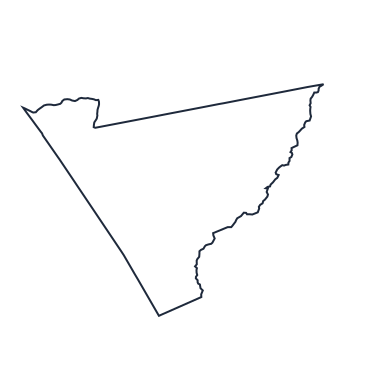 Wanderlândia, Tocantins, Brazil, rotated 79°
{"feature_id": "56859067B89529630375047", "entity_name": "Wanderlândia", "entity_type": "district", "adm_level": 2, "iso_a3": "BRA", "parent_name": "Brazil", "parent_adm1": "Tocantins", "projection": "natural_earth1", "projection_center": [-48.028, -6.887], "detail": "fine", "context": "isolated", "style": "outline", "palette": "slate", "viewbox_px": 384, "rotation_deg": 79, "n_neighbors": 0, "source": "geoboundaries", "source_scale": "gbopen_adm2", "svg_char_len": 2535}
<svg xmlns="http://www.w3.org/2000/svg" viewBox="0 0 384 384"><g transform="rotate(79 192 192)"><path d="M108.1,327.6L132.1,317.0L134.3,316.0L159.6,305.3L163.2,303.8L193.5,291.0L236.9,272.7L239.1,271.8L240.8,271.1L258.1,265.1L261.3,264.0L267.7,261.7L307.2,248.1L296.9,202.9L294.2,202.5L292.7,201.5L290.7,200.2L288.1,202.0L284.3,201.9L283.1,203.4L281.6,203.7L279.7,203.3L277.5,204.7L276.0,204.3L274.5,202.7L272.2,202.9L269.5,202.5L267.7,201.7L265.6,203.2L263.9,201.1L260.2,200.5L258.9,199.6L257.0,197.3L254.1,196.5L251.6,196.0L250.5,194.2L249.9,191.6L247.7,189.7L246.9,188.4L246.6,186.0L246.5,183.0L245.6,181.6L241.9,178.6L238.7,179.3L236.4,179.1L233.3,163.7L234.0,160.2L232.8,158.7L231.1,156.8L229.5,155.0L228.2,154.2L226.4,152.6L225.0,148.5L222.2,145.1L222.8,142.9L224.4,142.2L224.8,139.8L225.6,137.1L225.0,133.8L224.5,131.3L221.0,129.2L219.3,129.2L217.6,127.5L216.6,124.9L214.4,123.8L213.5,122.0L210.9,118.9L209.0,117.9L206.2,118.7L203.1,116.9L202.4,118.8L201.4,116.8L201.4,114.3L199.7,113.4L197.9,110.6L195.5,107.9L194.4,105.6L191.9,103.7L190.6,105.9L188.9,106.2L186.2,104.1L184.7,102.0L183.8,100.3L182.9,98.3L183.6,96.6L183.3,94.7L183.4,92.2L181.5,91.7L180.1,90.3L177.3,89.8L176.6,87.8L174.3,86.3L172.7,86.5L171.6,87.7L170.1,86.2L167.9,85.9L167.2,83.3L166.3,79.6L163.8,78.9L161.7,78.8L159.0,79.1L156.5,78.9L154.6,77.9L153.6,75.9L152.4,74.2L150.8,72.1L149.6,69.2L147.6,69.1L145.3,67.6L144.3,66.3L144.3,62.9L140.5,60.7L138.0,60.9L134.7,60.5L132.8,60.0L131.1,59.4L129.3,60.0L127.5,58.6L124.7,58.3L123.0,57.7L121.5,55.9L119.7,54.4L117.7,53.0L118.1,51.1L118.0,49.4L116.6,48.4L114.8,48.0L112.9,46.6L112.4,44.8L111.3,42.3L111.0,58.5L111.0,72.6L111.0,76.4L111.0,80.3L111.0,83.6L110.9,127.3L110.9,134.8L110.9,138.2L110.9,144.1L110.8,148.5L110.8,165.2L110.7,199.8L110.7,203.7L110.7,205.4L110.7,207.4L110.7,213.1L110.5,274.7L109.6,276.1L107.4,275.5L105.0,274.6L103.3,272.9L101.8,271.5L100.3,270.9L98.9,270.3L97.2,270.2L95.4,269.6L93.4,269.1L91.4,268.1L89.6,267.1L88.1,266.5L85.7,266.1L83.7,266.4L83.5,268.8L82.3,270.6L81.5,272.5L80.8,274.6L79.9,276.3L79.9,278.2L79.4,280.3L78.5,282.7L78.7,285.1L79.8,287.0L80.4,289.5L79.3,292.3L77.9,294.2L77.1,296.6L76.8,299.7L77.9,301.9L79.4,303.1L80.3,304.5L80.5,307.0L80.6,309.3L80.4,311.1L79.4,313.5L78.9,315.6L78.6,317.9L78.8,320.8L79.7,322.6L80.4,324.1L81.1,325.7L82.2,327.9L83.9,330.1L83.7,332.7L82.8,334.0L81.7,335.3L80.3,337.2L79.1,338.8L78.1,340.1L77.0,341.7L82.7,339.1L90.4,335.4L92.3,334.5L95.1,333.2L103.9,329.0L105.8,328.0L108.1,327.6Z" fill="none" stroke="#1e293b" stroke-width="2"/></g></svg>